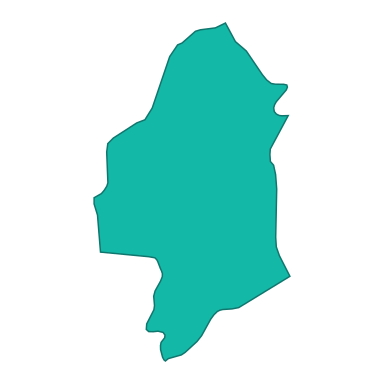 the District of Blantyre
{"feature_id": "MWI-1921", "entity_name": "Blantyre", "entity_type": "District", "adm_level": 1, "iso_a3": "MWI", "parent_name": "Malawi", "parent_adm1": "", "projection": "orthographic", "projection_center": [34.955, -15.691], "detail": "fine", "context": "isolated", "style": "filled", "palette": "teal", "viewbox_px": 384, "rotation_deg": 0, "n_neighbors": 0, "source": "natural_earth", "source_scale": "10m", "svg_char_len": 1191}
<svg xmlns="http://www.w3.org/2000/svg" viewBox="0 0 384 384"><path d="M288.2,115.6L270.3,149.0L269.9,154.6L270.4,161.5L273.6,165.2L275.6,174.6L276.7,189.0L275.7,237.2L276.3,246.9L279.4,255.7L289.9,276.3L238.7,307.6L232.0,308.9L222.8,309.5L219.9,310.2L217.3,311.5L214.0,314.7L210.7,319.2L201.6,335.7L197.0,341.5L185.1,352.4L181.4,354.9L168.3,358.6L165.4,361.0L164.0,359.9L162.6,357.3L160.6,349.7L160.5,345.5L161.1,342.4L164.7,337.7L165.0,335.1L163.1,332.4L158.0,331.2L153.2,331.7L148.7,331.6L146.3,329.4L146.7,323.9L153.9,309.8L154.5,305.6L153.7,296.2L155.1,290.9L160.5,281.2L162.3,276.7L162.4,273.6L161.5,270.9L160.4,268.5L157.8,261.7L156.8,259.8L154.9,257.8L148.8,256.7L100.5,252.1L97.5,215.1L94.1,203.9L94.1,197.7L101.4,193.6L104.3,190.2L106.8,186.2L107.9,182.8L106.7,152.0L107.8,143.6L113.4,138.0L136.8,122.9L144.9,119.8L152.2,108.1L169.7,56.6L177.6,44.9L182.1,43.0L195.4,31.3L200.3,29.8L215.3,27.9L223.9,23.8L225.4,23.0L235.4,41.6L246.3,51.0L262.3,74.6L266.7,80.0L271.2,83.5L275.3,84.2L283.7,84.3L286.8,85.0L287.4,87.1L286.3,89.9L276.3,101.7L274.6,104.7L273.7,107.8L274.3,111.6L276.4,114.1L279.3,115.5L282.0,115.8L288.2,115.6Z" fill="#14b8a6" stroke="#0f766e" stroke-width="1.5"/></svg>